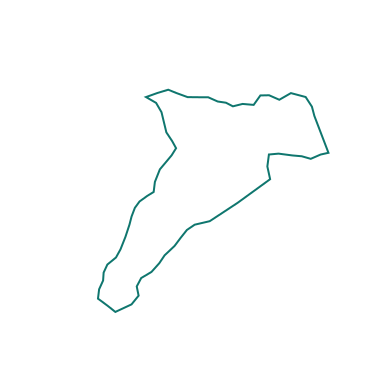 outline of Pedrinhas, Sergipe, Brazil, rotated 124°
{"feature_id": "56859067B11472613057936", "entity_name": "Pedrinhas", "entity_type": "district", "adm_level": 2, "iso_a3": "BRA", "parent_name": "Brazil", "parent_adm1": "Sergipe", "projection": "mercator", "projection_center": [-37.653, -11.205], "detail": "fine", "context": "isolated", "style": "outline", "palette": "teal", "viewbox_px": 384, "rotation_deg": 124, "n_neighbors": 0, "source": "geoboundaries", "source_scale": "gbopen_adm2", "svg_char_len": 968}
<svg xmlns="http://www.w3.org/2000/svg" viewBox="0 0 384 384"><g transform="rotate(124 192 192)"><path d="M334.3,188.5L319.0,179.3L307.8,178.3L301.2,185.0L291.7,186.0L280.9,180.9L269.3,179.3L259.8,179.3L246.5,176.3L236.6,175.8L226.3,175.0L217.6,171.5L211.8,166.1L206.3,161.0L175.4,148.1L137.7,134.4L128.7,143.8L117.9,149.2L111.8,141.7L105.6,129.3L101.0,121.0L98.1,112.1L89.0,106.3L83.2,100.8L60.5,133.1L54.2,140.3L49.7,150.9L54.7,165.3L66.7,171.2L68.7,182.2L73.7,189.3L85.3,189.6L90.7,199.3L98.1,206.0L99.0,213.8L102.6,221.3L104.4,231.5L110.2,240.2L115.8,248.7L118.7,260.4L120.5,268.9L129.2,276.0L139.0,283.2L138.2,271.6L142.9,261.9L149.5,254.7L156.9,246.6L160.9,236.9L164.6,229.7L173.0,229.4L191.2,231.3L204.4,228.4L213.4,223.8L220.2,226.9L229.2,230.2L237.1,230.5L246.1,228.4L254.0,225.6L266.4,222.1L279.6,219.2L288.8,218.4L299.5,221.6L308.2,220.2L315.1,216.2L324.6,214.6L333.0,210.3L333.5,198.5L334.3,188.5Z" fill="none" stroke="#0f766e" stroke-width="2"/></g></svg>